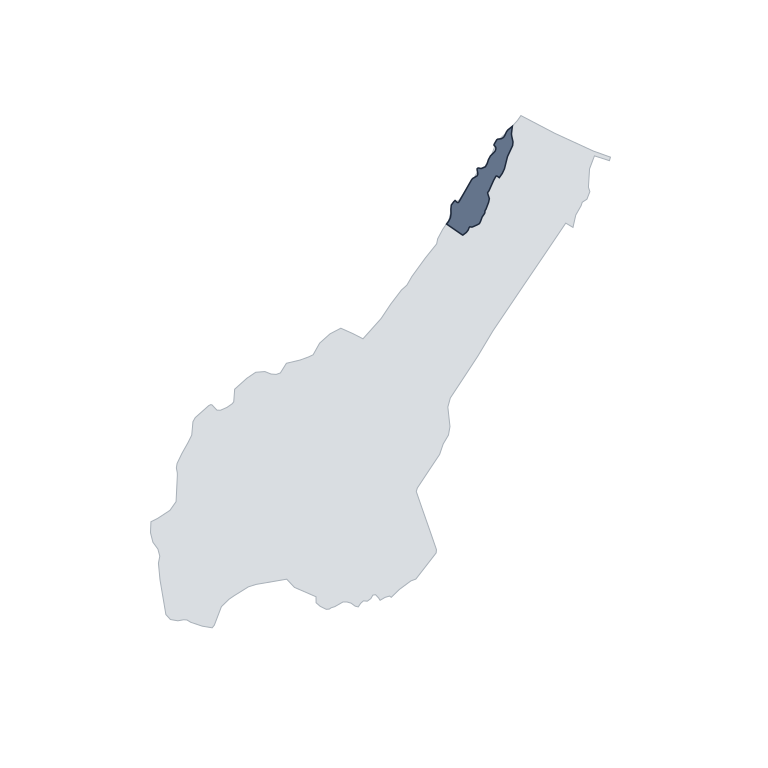 where Plateau sits in Benin, rotated 214°
{"feature_id": "BEN-2179", "entity_name": "Plateau", "entity_type": "Department", "adm_level": 1, "iso_a3": "BEN", "parent_name": "Benin", "parent_adm1": "", "projection": "robinson", "projection_center": [2.644, 7.082], "detail": "fine", "context": "in_parent", "style": "filled", "palette": "slate", "viewbox_px": 768, "rotation_deg": 214, "n_neighbors": 0, "source": "natural_earth", "source_scale": "10m", "svg_char_len": 3102}
<svg xmlns="http://www.w3.org/2000/svg" viewBox="0 0 768 768"><g transform="rotate(214 384 384)"><path d="M323.1,698.7L322.0,695.2L337.1,690.8L333.9,677.3L324.6,661.5L320.9,658.6L319.1,650.7L321.3,645.5L320.3,642.0L319.5,631.3L314.9,619.5L323.3,619.0L323.3,581.1L323.4,544.7L323.4,513.6L323.4,489.1L321.8,459.6L321.5,438.0L321.2,409.5L318.2,400.6L305.5,385.6L302.0,377.7L301.4,367.4L298.5,356.7L298.4,338.1L298.2,316.4L297.1,312.9L283.3,302.5L263.7,287.9L248.8,276.7L247.8,275.9L246.3,273.1L248.5,240.1L251.6,235.8L256.4,222.2L258.7,211.2L260.8,211.3L263.8,207.7L266.3,202.5L268.8,203.6L273.2,204.6L275.2,202.7L274.9,198.7L276.4,194.6L279.8,192.7L280.7,189.1L280.7,184.8L283.7,183.7L288.7,183.9L292.8,182.6L296.1,180.4L300.3,171.9L302.7,168.9L303.5,166.8L305.9,164.9L312.6,164.0L318.0,164.7L321.4,169.6L344.5,165.3L355.5,167.8L378.0,146.3L383.0,140.0L389.8,124.8L392.1,119.0L394.3,108.5L389.8,89.2L390.1,85.8L399.3,81.6L410.9,78.4L415.4,78.2L418.3,76.5L422.5,72.4L429.4,69.3L433.4,70.3L435.9,70.9L460.2,96.4L470.8,109.3L473.6,115.9L479.1,120.7L487.1,123.6L494.5,130.2L500.2,139.5L496.5,146.0L490.8,159.6L490.6,170.2L504.1,192.5L505.7,194.8L509.2,198.3L511.1,202.4L512.7,213.4L513.7,225.8L514.8,234.1L521.3,245.9L521.7,250.6L517.2,268.1L516.1,270.0L514.9,270.5L507.9,268.9L504.9,270.8L501.1,276.8L498.8,282.7L498.6,285.2L504.9,296.2L500.9,312.1L496.9,322.0L489.7,327.7L483.2,329.1L478.7,331.7L476.1,335.2L476.5,346.6L467.0,356.9L461.7,364.2L459.1,368.6L460.2,381.9L456.8,395.4L451.0,406.1L437.8,408.4L426.7,409.7L423.0,436.8L423.1,454.0L422.1,471.6L420.3,478.8L421.0,488.8L420.2,511.6L418.7,529.6L420.7,534.4L421.8,545.0L421.7,555.9L424.6,563.5L427.7,570.1L427.5,573.5L425.9,575.6L424.5,578.5L424.5,604.2L425.1,611.8L424.3,616.7L421.9,620.8L422.9,633.8L424.8,642.1L426.7,648.2L424.8,653.3L423.2,660.0L420.7,677.2L420.6,683.1L382.8,687.3L340.7,694.2L323.1,698.7Z" fill="#d9dde1" stroke="#a8b0b8" stroke-width="1"/><path d="M421.6,551.6L421.4,554.9L421.9,558.9L423.7,562.7L426.3,566.3L428.3,570.0L428.1,574.3L427.8,575.2L427.8,575.8L427.5,576.0L425.5,575.5L424.6,575.5L423.9,576.0L423.7,577.1L425.6,602.2L425.5,603.6L425.2,604.6L424.5,605.7L423.7,607.6L423.3,608.3L423.2,609.0L423.5,610.3L424.3,611.4L426.6,613.6L427.2,614.6L426.8,615.7L425.9,616.2L424.7,616.6L423.7,617.2L421.4,620.8L421.7,624.5L422.9,628.4L423.3,632.7L422.4,637.0L422.1,639.2L422.6,641.2L423.3,642.3L424.0,642.9L424.9,643.2L426.1,643.3L426.6,643.8L426.8,644.8L427.1,649.5L426.6,650.7L425.5,651.5L423.8,653.1L422.8,655.3L422.8,657.4L423.5,661.7L423.4,663.9L421.7,669.4L418.2,662.6L416.8,661.0L412.4,656.8L410.7,653.6L408.8,641.6L404.5,629.8L403.7,624.7L403.8,619.5L405.5,619.6L406.2,619.6L406.7,619.5L407.1,619.3L407.3,619.0L407.4,618.8L407.0,614.2L405.0,602.8L405.1,601.1L405.1,600.6L404.5,599.9L400.3,596.6L398.9,593.2L397.5,587.2L397.2,586.0L397.2,584.4L396.8,583.4L396.3,582.7L396.0,581.8L396.0,577.2L395.5,575.3L394.9,572.8L394.6,570.3L395.7,568.1L398.5,563.6L399.4,562.9L400.7,562.4L400.9,561.3L400.3,558.6L400.5,555.7L401.9,551.5L403.1,551.4L421.6,551.6L421.6,551.6Z" fill="#64748b" stroke="#1e293b" stroke-width="1.5"/></g></svg>